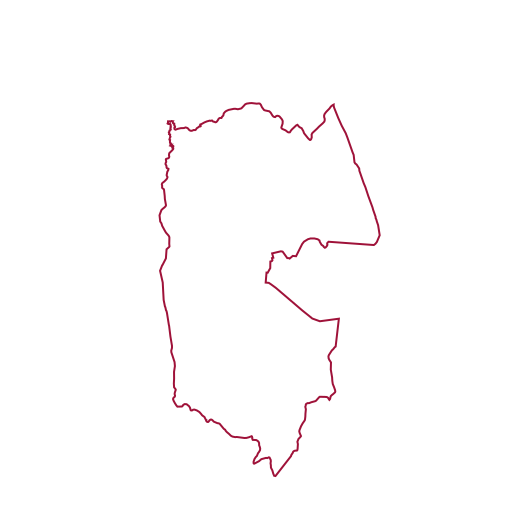 Kerinci, Jambi, Indonesia (orthographic projection), rotated 218°
{"feature_id": "22746128B64633952285861", "entity_name": "Kerinci", "entity_type": "district", "adm_level": 2, "iso_a3": "IDN", "parent_name": "Indonesia", "parent_adm1": "Jambi", "projection": "orthographic", "projection_center": [101.649, -2.061], "detail": "fine", "context": "isolated", "style": "outline", "palette": "rose", "viewbox_px": 512, "rotation_deg": 218, "n_neighbors": 0, "source": "geoboundaries", "source_scale": "gbopen_adm2", "svg_char_len": 6091}
<svg xmlns="http://www.w3.org/2000/svg" viewBox="0 0 512 512"><g transform="rotate(218 256 256)"><path d="M236.0,98.7L235.4,97.5L234.9,96.9L233.9,96.2L233.5,95.5L233.4,94.9L233.7,93.8L233.6,93.0L233.3,92.2L231.8,91.2L229.3,90.1L226.7,89.2L225.2,88.9L221.8,91.7L221.5,92.3L221.7,93.3L221.2,95.2L219.9,96.2L219.2,96.5L216.2,96.4L214.6,95.8L212.7,94.4L212.2,94.3L211.4,94.8L210.9,96.2L209.9,97.1L207.5,97.9L204.5,98.2L201.8,97.7L200.4,97.3L197.5,97.4L194.4,95.9L194.1,96.1L193.6,95.4L192.7,95.2L192.2,95.3L191.5,95.8L191.4,96.4L191.4,98.3L191.1,99.1L190.3,99.7L189.3,99.8L187.2,99.5L183.5,100.5L182.3,101.2L181.3,101.4L175.0,100.0L173.3,100.1L172.3,99.6L170.6,99.3L167.7,99.2L165.2,98.9L163.4,99.2L160.8,100.5L159.8,101.5L153.0,105.5L151.5,106.8L150.0,108.8L148.5,111.3L148.1,111.3L147.0,110.5L146.6,109.8L145.4,109.1L142.5,111.1L141.1,111.3L139.7,111.2L138.4,110.5L137.0,108.8L135.5,107.9L134.2,106.9L133.3,105.5L133.0,103.5L133.0,101.8L132.2,99.0L132.4,97.4L132.2,95.1L131.3,92.5L130.4,91.3L129.9,91.1L129.5,91.3L127.3,96.2L126.7,99.2L123.8,103.1L122.7,103.7L121.9,105.3L121.2,105.5L118.8,104.3L117.9,103.3L116.9,101.6L115.5,100.3L113.9,98.4L111.1,97.1L108.5,95.2L106.4,94.0L105.2,94.6L105.2,119.8L105.7,121.1L105.8,123.2L106.2,124.7L106.1,125.3L105.7,126.2L104.8,127.2L104.0,127.8L103.9,128.4L104.4,129.5L107.2,133.6L109.0,135.1L109.9,138.0L109.6,140.8L109.7,141.8L112.6,143.4L113.9,144.4L114.5,145.5L115.7,149.6L116.2,152.8L116.4,156.5L116.9,157.6L118.3,159.9L119.9,162.1L122.4,166.0L124.3,167.5L124.7,168.7L125.3,169.6L125.4,170.1L125.2,170.9L124.6,172.0L123.6,172.7L122.4,174.8L120.0,178.0L119.6,178.9L119.3,183.6L119.0,184.4L114.0,188.1L112.8,188.6L111.9,188.6L110.1,187.9L109.6,187.8L109.6,188.9L110.6,191.0L110.8,191.7L110.6,193.2L110.2,194.7L109.8,197.2L110.0,197.9L111.1,199.0L113.9,200.8L116.7,202.4L119.0,204.6L121.3,207.2L127.1,212.5L131.4,218.3L134.3,219.3L135.8,220.1L137.2,221.6L137.6,222.9L138.1,228.3L137.8,230.1L137.8,232.5L137.5,233.7L152.1,257.6L165.5,243.9L173.1,241.4L186.2,241.6L220.8,243.1L227.0,242.9L229.4,242.7L232.0,241.0L237.5,249.4L236.5,250.0L237.3,255.2L241.3,260.5L240.4,261.7L240.4,262.7L242.1,264.2L241.3,265.3L244.9,268.0L239.3,275.0L237.8,275.8L237.2,275.7L230.1,273.6L228.7,274.6L227.9,274.7L227.1,278.7L224.3,280.5L227.0,293.9L227.0,296.9L225.4,301.2L223.9,303.3L220.7,305.8L217.7,307.2L215.5,307.3L214.6,306.5L211.3,305.2L209.1,305.3L208.2,304.9L206.8,304.9L206.4,305.7L206.3,307.5L206.6,308.8L207.4,309.3L207.8,310.1L207.6,311.9L169.9,337.2L169.4,339.1L169.4,341.5L171.3,348.5L178.8,355.5L181.9,357.5L183.6,358.8L185.0,359.5L185.9,360.5L192.1,364.5L194.1,366.0L204.3,372.3L212.2,377.6L216.0,379.7L224.8,385.4L227.0,386.8L228.6,388.5L233.0,390.0L234.8,390.0L236.1,390.5L241.3,395.8L243.8,397.2L256.9,405.6L260.9,408.0L268.6,411.4L276.0,415.3L285.8,421.0L287.3,422.2L288.0,423.1L288.5,422.0L289.0,419.9L288.9,417.4L289.4,412.9L289.4,411.0L289.3,409.9L288.8,408.6L287.8,407.4L286.3,406.4L285.4,405.2L284.9,404.0L285.1,401.6L286.0,396.8L286.3,393.8L287.3,387.7L287.0,386.0L285.1,383.8L284.5,382.1L284.5,381.2L284.7,380.8L285.0,380.6L287.3,380.8L293.6,382.3L294.5,382.8L295.5,383.5L298.7,384.8L300.7,384.4L301.8,384.4L304.1,384.9L304.7,383.8L305.6,378.0L305.7,376.3L305.5,374.9L305.5,374.3L306.2,373.6L307.2,373.2L310.1,373.2L313.6,372.3L314.7,372.5L315.2,372.9L316.5,376.6L317.9,378.6L318.5,379.1L319.9,379.7L323.2,380.4L324.2,380.3L325.3,379.8L326.0,379.1L326.3,378.4L326.4,377.3L327.2,376.8L328.2,376.6L329.5,376.8L332.7,378.0L334.6,378.2L338.5,376.3L339.6,376.0L342.9,376.9L345.4,378.2L346.8,378.4L347.5,378.1L349.2,376.5L353.5,373.9L355.0,372.6L357.1,370.4L357.9,368.9L358.1,366.3L358.4,363.5L358.7,362.9L360.6,360.5L362.9,359.3L364.1,358.3L367.5,354.3L368.7,352.0L369.1,350.7L369.2,348.5L368.3,346.7L368.3,345.6L368.5,345.0L368.2,343.5L368.7,343.2L369.6,342.3L369.8,341.8L369.9,340.6L369.7,339.9L369.6,338.0L369.8,337.0L370.4,336.3L371.5,336.1L372.3,335.6L373.0,335.5L373.8,335.8L374.2,335.6L374.9,334.6L375.7,334.3L377.6,331.8L378.9,329.5L380.1,326.6L380.9,325.3L380.7,324.8L379.8,324.6L379.5,324.2L379.8,323.6L380.6,322.8L380.8,321.6L381.3,320.3L381.2,318.3L381.5,317.7L382.6,317.0L383.7,315.1L384.9,314.3L386.4,314.2L388.0,314.6L388.8,314.6L389.8,314.3L390.7,313.9L391.5,312.5L394.0,310.4L396.1,307.8L397.2,306.0L398.1,305.8L398.6,306.0L399.4,307.0L399.5,307.5L399.2,307.8L399.3,308.0L399.8,308.2L400.3,308.6L401.1,308.8L401.6,309.7L401.9,310.0L402.3,309.8L402.5,309.6L403.1,309.6L403.7,310.1L404.5,310.5L404.5,311.0L405.9,310.2L406.2,308.9L407.5,308.7L407.8,307.9L408.1,307.8L407.3,306.7L407.3,306.0L407.1,305.9L406.2,306.2L404.8,307.2L404.1,306.9L403.6,306.2L403.0,305.9L402.8,304.9L402.1,304.6L401.9,303.6L401.0,303.1L401.4,301.6L400.8,300.8L400.9,299.9L400.7,299.6L399.9,299.4L399.5,298.5L398.4,298.8L397.7,297.7L396.8,297.3L396.6,296.1L395.9,294.4L395.1,294.5L394.8,293.9L393.7,292.5L392.3,292.3L392.2,292.2L392.5,291.8L392.5,291.5L391.9,291.2L391.2,291.7L391.4,290.2L389.9,290.7L389.7,291.4L388.9,291.7L388.5,291.3L388.9,290.5L388.7,289.8L387.7,289.9L387.2,289.6L387.1,289.2L387.1,287.8L387.6,284.1L387.6,283.5L386.7,281.9L385.5,280.9L385.1,280.0L385.3,279.0L386.6,277.2L386.5,276.6L384.7,274.9L384.4,273.5L383.9,272.7L382.2,272.0L381.1,270.8L380.4,270.4L380.0,270.4L378.9,270.8L378.6,270.8L378.0,269.6L377.8,267.9L376.2,264.7L375.5,264.2L374.6,263.9L374.2,263.5L373.8,262.2L373.8,261.0L374.1,258.3L374.7,256.0L374.6,255.1L374.2,254.3L373.2,253.6L372.3,252.3L371.8,251.9L371.2,251.8L369.9,251.9L369.2,251.5L364.9,247.1L362.9,244.8L358.2,240.6L357.9,239.7L358.0,238.2L358.6,235.6L358.8,233.9L357.1,228.7L352.7,224.2L350.6,223.5L348.5,222.0L343.9,220.0L341.4,219.0L337.7,218.3L336.5,217.9L335.6,217.2L331.8,212.1L330.1,210.3L330.0,209.7L330.6,206.2L325.5,198.6L324.1,191.2L324.2,190.9L322.5,185.3L313.2,177.7L301.7,164.5L296.6,160.1L296.0,159.9L294.9,159.0L293.6,157.9L292.6,157.5L291.1,156.3L282.4,148.2L281.4,147.4L273.8,139.8L266.9,133.5L265.6,131.8L264.5,129.2L263.4,128.0L254.9,122.3L252.1,119.3L249.3,114.3L245.0,108.9L242.2,104.9L239.7,102.1L237.1,101.4L236.8,101.0L236.0,98.7Z" fill="none" stroke="#9f1239" stroke-width="2"/></g></svg>